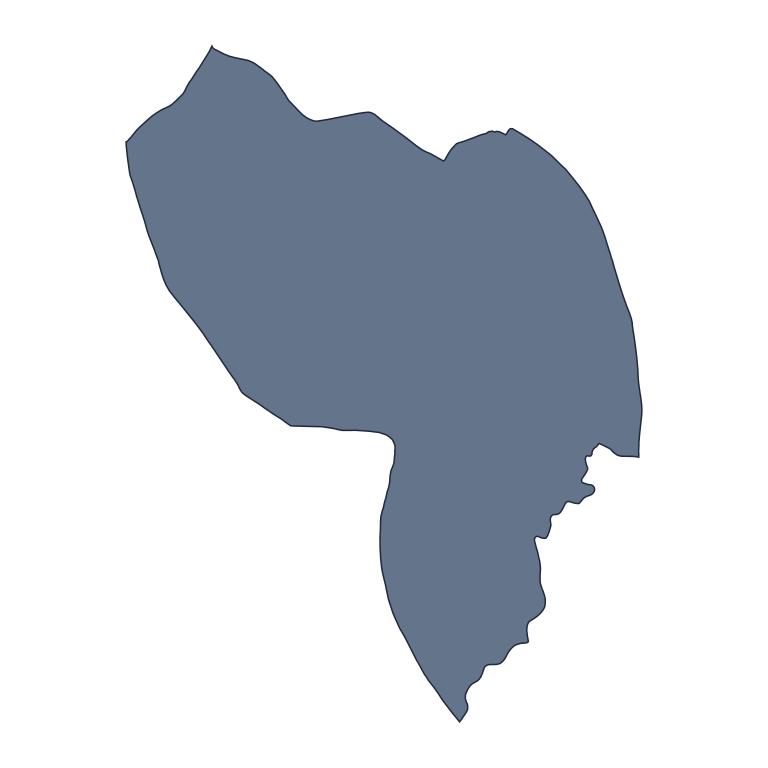 Cho Moi, An Giang, Vietnam (Equal Earth projection)
{"feature_id": "81297802B9073555262789", "entity_name": "Cho Moi", "entity_type": "district", "adm_level": 2, "iso_a3": "VNM", "parent_name": "Vietnam", "parent_adm1": "An Giang", "projection": "equal_earth", "projection_center": [105.483, 10.456], "detail": "fine", "context": "isolated", "style": "filled", "palette": "slate", "viewbox_px": 768, "rotation_deg": 0, "n_neighbors": 0, "source": "geoboundaries", "source_scale": "gbopen_adm2", "svg_char_len": 6104}
<svg xmlns="http://www.w3.org/2000/svg" viewBox="0 0 768 768"><path d="M163.6,279.3L166.0,284.9L169.5,291.0L174.9,297.9L180.6,304.7L187.9,313.8L195.5,323.2L199.6,328.7L203.1,333.5L208.2,341.2L212.4,347.1L222.0,361.5L225.5,366.7L228.0,370.5L232.8,377.3L234.4,379.4L237.1,383.6L238.0,385.1L239.5,388.4L240.8,390.6L241.8,392.2L242.9,393.3L244.9,394.9L249.7,398.1L260.4,405.0L264.6,408.1L273.9,414.4L281.4,419.1L286.5,422.9L290.5,425.7L293.4,426.0L301.2,426.2L312.5,426.5L321.9,426.7L326.5,427.4L333.7,428.5L339.1,429.8L342.4,430.4L348.1,430.4L355.7,430.3L369.1,431.2L379.4,432.5L383.1,433.8L385.9,434.7L389.7,437.1L392.4,439.7L393.8,442.4L394.6,444.5L395.1,446.8L395.1,448.9L394.8,451.0L394.9,452.7L394.0,462.5L393.3,465.0L391.9,468.6L391.2,469.9L390.9,471.3L390.1,475.8L389.6,482.6L389.2,484.8L388.5,488.0L387.2,491.7L385.9,497.6L384.3,503.2L383.5,507.1L382.2,511.2L381.6,514.0L381.1,515.4L380.8,517.5L380.6,520.4L380.5,524.6L380.3,531.9L380.0,536.6L380.1,547.4L380.4,553.3L380.6,558.0L381.7,568.1L382.7,573.4L384.0,578.8L385.6,585.3L386.3,589.1L388.5,599.4L393.2,613.8L399.6,628.1L404.7,636.9L407.5,642.3L416.5,660.1L418.3,663.0L422.7,671.2L424.4,674.2L426.3,676.8L428.6,680.6L433.7,687.1L438.3,693.5L441.4,698.4L444.3,702.5L452.4,713.1L455.1,716.3L459.6,721.9L461.8,719.0L464.4,715.0L466.1,712.6L466.9,711.0L467.6,709.4L467.7,707.6L467.7,705.7L467.3,704.0L466.3,701.8L465.5,699.3L465.3,696.9L465.5,694.7L466.2,692.7L467.5,689.9L468.7,687.8L470.3,685.6L472.4,683.7L477.5,680.8L479.2,679.2L480.6,677.3L482.2,673.7L483.4,670.5L484.2,667.9L485.0,666.6L486.0,665.8L487.7,664.9L489.3,664.6L490.6,664.5L494.7,664.5L496.6,664.4L498.9,663.9L500.0,663.4L501.0,662.8L502.7,661.3L503.9,660.0L505.2,658.2L507.6,653.5L509.1,651.2L510.7,649.2L512.5,647.2L514.4,645.7L516.0,644.8L518.8,643.9L520.9,643.3L522.9,643.1L524.6,643.1L526.9,642.7L527.8,642.2L528.4,641.5L528.2,640.5L527.5,636.7L526.9,631.9L526.8,629.9L526.9,628.1L527.1,626.4L527.5,624.8L527.9,623.7L528.5,622.5L528.9,621.9L529.9,621.1L534.0,618.5L537.1,616.3L540.1,613.6L541.9,611.5L543.3,609.6L543.9,608.5L544.4,607.4L544.9,606.0L545.2,603.4L545.3,599.8L545.1,598.3L544.8,596.8L544.3,595.0L543.1,591.4L541.9,588.4L540.8,585.1L540.3,582.9L540.1,581.4L540.1,580.1L540.1,577.4L540.1,574.9L540.5,568.7L540.4,566.8L539.9,562.6L539.4,560.1L538.7,557.3L538.1,554.3L537.4,551.3L536.2,547.4L534.6,541.3L534.5,540.4L534.5,539.3L534.6,538.6L534.9,538.0L535.5,537.3L536.2,536.6L536.8,536.3L537.4,536.3L537.9,536.4L539.5,537.0L541.0,537.7L542.9,538.2L545.1,538.4L545.7,538.2L546.3,537.7L546.8,536.9L547.6,535.6L548.1,534.4L549.1,531.8L550.8,526.0L550.9,525.1L550.8,524.1L550.4,521.2L550.3,519.7L550.4,518.8L550.5,518.0L550.8,517.1L551.8,515.7L552.2,515.2L552.6,514.8L553.3,514.7L556.1,514.5L557.9,514.1L558.8,513.7L559.7,513.0L560.5,512.2L561.5,510.7L563.1,508.0L564.3,505.5L565.2,503.8L565.8,502.9L566.5,502.2L567.1,501.7L568.1,501.5L569.2,501.6L570.2,501.8L574.4,503.1L578.1,503.6L578.7,503.5L579.3,503.3L580.0,502.5L583.0,498.9L584.1,497.8L585.4,497.0L586.6,496.4L587.6,496.0L589.4,495.5L591.2,494.7L592.2,494.0L592.9,493.3L593.8,492.1L594.3,491.2L594.5,490.2L594.6,489.5L594.5,488.6L594.2,487.5L593.5,486.5L593.0,485.9L592.2,485.3L591.6,485.1L590.5,484.8L588.3,484.5L585.8,483.8L583.4,483.0L582.4,482.5L581.8,481.9L581.7,481.4L581.6,480.8L581.6,480.2L581.7,479.4L581.9,478.9L582.5,477.9L584.9,474.5L585.8,473.0L586.9,471.0L587.5,469.7L587.7,468.4L587.5,467.7L586.6,465.2L586.1,463.7L585.7,462.0L585.5,460.6L585.4,459.3L585.4,458.6L585.5,457.8L585.8,457.1L586.1,456.5L586.6,456.1L586.9,455.9L587.5,455.9L590.0,456.1L590.5,456.0L590.8,455.8L591.4,455.2L591.8,454.6L591.9,454.0L592.1,452.1L592.3,451.5L592.6,450.5L593.0,449.7L593.5,449.0L595.5,447.3L596.6,446.6L597.5,445.5L598.8,443.6L600.0,443.8L604.2,445.8L609.9,448.7L610.7,449.2L611.9,450.8L613.5,452.3L616.0,454.3L617.4,455.1L619.4,455.8L621.4,456.2L625.9,456.3L633.4,456.4L638.8,457.1L638.8,454.6L638.6,450.8L638.9,445.8L638.9,442.4L639.8,432.2L641.7,415.0L641.9,410.6L641.8,407.7L641.6,404.2L640.6,396.6L639.9,392.3L639.2,387.3L638.7,383.6L638.3,379.6L638.1,376.6L637.8,369.4L636.8,357.8L635.6,347.9L634.6,340.3L633.6,333.7L632.8,328.9L632.4,325.6L632.2,323.0L631.7,320.2L631.1,317.8L630.0,314.8L629.2,312.3L626.6,305.9L623.1,296.0L619.2,283.9L616.6,275.2L614.1,267.0L612.6,261.2L611.4,257.8L610.0,253.0L607.5,245.3L604.9,236.9L602.8,230.9L601.3,226.9L596.4,216.4L592.2,207.6L589.5,201.6L585.8,195.5L579.6,186.7L573.9,179.4L568.4,172.6L565.6,169.3L560.2,164.2L552.4,156.4L549.2,153.7L537.3,144.5L528.7,138.5L520.8,133.6L512.7,128.8L512.0,128.6L510.9,128.7L509.9,129.0L509.2,129.6L508.6,130.3L507.8,131.6L506.8,133.4L506.1,134.3L505.6,134.6L505.4,134.7L502.5,133.2L499.1,131.7L497.1,131.4L496.5,131.4L495.6,131.7L494.7,132.0L494.4,132.0L493.8,131.9L493.3,131.7L492.9,131.5L492.5,131.2L492.0,131.0L491.7,131.1L490.4,131.7L490.2,131.7L489.7,131.5L489.3,131.5L488.6,131.8L488.1,132.1L486.0,133.6L483.8,134.0L480.7,134.9L477.3,136.2L472.9,138.0L463.0,141.6L458.2,143.0L456.4,143.8L452.7,147.7L450.6,150.1L447.6,155.0L445.1,159.5L444.3,160.6L443.8,160.8L443.4,160.8L441.8,160.1L430.5,153.7L426.4,152.0L422.4,150.0L416.5,145.9L405.5,137.3L393.3,128.4L382.4,120.8L374.8,114.5L372.9,113.5L370.4,112.5L368.6,112.2L364.8,112.5L357.9,113.5L327.2,119.6L317.6,121.1L315.5,121.2L312.9,120.6L310.3,119.6L306.5,117.7L302.1,114.4L297.6,109.8L288.9,100.7L287.2,98.2L285.5,95.1L276.6,82.3L272.3,76.9L269.5,74.5L265.5,71.6L260.5,67.7L254.7,63.5L251.2,61.7L247.9,60.4L234.7,57.6L229.3,56.2L224.3,54.2L214.0,48.9L213.0,48.0L212.4,47.2L211.9,46.1L209.7,50.7L207.7,54.2L204.2,59.8L198.8,68.4L196.6,71.4L191.5,79.4L189.4,82.2L187.4,85.6L184.5,91.4L183.0,93.8L180.2,96.6L175.9,100.9L171.7,104.6L169.1,106.3L163.4,108.9L160.4,110.5L156.6,112.9L152.5,115.7L149.9,117.9L146.7,120.7L139.4,127.4L136.4,130.5L131.1,137.1L128.0,140.5L126.7,141.9L126.4,142.0L126.1,141.9L126.2,145.4L127.5,157.8L129.6,172.8L130.2,175.5L132.5,182.1L134.7,189.2L136.7,196.5L139.9,206.9L143.3,217.2L145.0,222.7L147.3,231.2L149.4,237.1L153.9,248.5L156.9,256.8L158.6,261.2L158.9,263.5L161.8,273.8L163.6,279.3Z" fill="#64748b" stroke="#1e293b" stroke-width="1.5"/></svg>